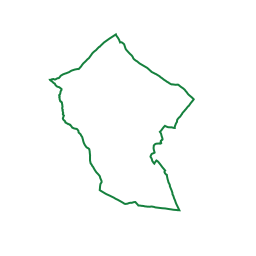 Kondoa, Dodoma, United Republic of Tanzania (Equal Earth projection), rotated 308°
{"feature_id": "72390352B62044183520375", "entity_name": "Kondoa", "entity_type": "district", "adm_level": 2, "iso_a3": "TZA", "parent_name": "United Republic of Tanzania", "parent_adm1": "Dodoma", "projection": "equal_earth", "projection_center": [35.881, -4.78], "detail": "fine", "context": "isolated", "style": "outline", "palette": "green", "viewbox_px": 256, "rotation_deg": 308, "n_neighbors": 0, "source": "geoboundaries", "source_scale": "gbopen_adm2", "svg_char_len": 5659}
<svg xmlns="http://www.w3.org/2000/svg" viewBox="0 0 256 256"><g transform="rotate(308 128 128)"><path d="M191.1,162.1L191.3,161.2L191.2,160.7L191.4,159.9L191.5,156.6L191.6,155.0L191.8,154.0L192.5,151.7L192.5,151.1L192.9,149.8L193.1,149.0L193.1,148.2L193.2,147.3L193.0,144.5L193.0,143.9L193.0,142.2L193.1,141.4L193.0,140.8L192.8,140.5L192.7,140.5L192.5,140.3L192.3,139.9L191.5,139.1L190.4,137.3L190.1,136.7L189.9,136.3L189.5,136.0L189.2,135.5L188.9,134.4L188.8,133.4L188.7,133.0L188.7,132.4L188.8,131.9L188.6,131.4L188.4,130.0L188.4,129.6L188.4,129.1L188.4,128.3L188.2,127.3L188.2,125.5L188.2,123.4L188.0,122.3L188.2,121.5L188.2,121.0L187.8,117.6L187.7,116.7L187.4,115.9L187.4,115.5L186.7,111.9L186.9,111.1L186.9,109.8L187.0,109.2L187.2,106.2L186.0,97.3L186.1,95.0L186.1,93.6L185.9,92.8L185.9,90.5L186.0,89.9L186.2,89.2L186.7,88.4L187.2,87.2L187.5,85.9L187.6,84.1L187.9,82.1L188.5,78.7L188.9,77.4L190.9,74.4L191.6,73.4L191.7,71.5L191.6,70.2L191.1,69.5L190.6,69.1L190.8,68.9L191.3,67.8L191.9,66.9L192.1,66.5L192.9,64.5L193.3,63.0L193.7,61.7L194.3,60.8L191.5,59.9L187.2,58.4L180.5,56.4L179.6,56.3L175.5,55.7L174.6,55.7L174.1,55.3L171.6,55.0L169.8,54.9L168.0,54.4L166.5,54.1L164.7,53.9L163.6,54.0L159.0,54.2L156.9,53.7L155.2,53.6L153.1,53.3L151.4,53.0L148.6,53.0L147.7,53.2L146.5,53.0L145.1,53.0L144.3,52.9L144.3,52.7L144.1,52.6L142.7,51.3L141.3,50.1L138.8,48.4L137.6,47.8L135.8,47.2L133.8,46.0L133.2,45.7L132.7,45.3L131.8,44.7L130.1,43.7L129.5,43.5L128.0,42.9L127.4,42.8L126.1,42.9L125.5,42.8L125.0,42.8L124.7,42.7L124.2,42.3L123.9,41.9L123.6,41.7L121.6,40.9L121.4,40.7L121.1,40.4L120.8,39.5L120.7,39.1L120.5,38.9L120.3,38.7L119.7,38.3L119.6,38.1L119.1,37.8L118.3,37.4L117.9,36.9L117.8,37.1L117.8,37.8L117.9,39.9L117.7,41.5L117.8,42.7L117.9,43.0L117.3,44.1L117.1,45.3L117.0,45.9L117.0,46.5L117.4,47.8L117.8,48.7L117.8,51.6L117.6,51.8L117.2,52.0L116.9,52.2L116.4,52.2L115.6,52.3L115.0,52.5L113.9,53.2L112.8,53.6L112.3,53.7L112.0,53.7L111.7,53.5L111.4,53.6L111.3,53.8L111.1,54.2L110.8,54.7L110.4,54.8L110.0,54.8L109.7,55.5L109.4,55.8L109.0,56.0L108.8,56.1L108.6,56.4L108.0,57.3L107.5,57.9L107.4,58.2L107.3,58.7L107.7,59.2L107.3,60.3L107.1,60.5L106.7,60.9L106.4,61.1L106.2,61.5L105.7,62.1L105.1,62.5L104.8,63.0L104.1,63.5L103.4,63.7L103.0,64.0L102.0,65.3L102.0,65.5L101.8,65.5L101.6,65.5L100.9,66.3L100.7,66.7L100.2,67.2L100.0,67.7L99.9,67.8L98.9,68.0L98.5,68.6L98.4,69.8L97.4,70.1L95.5,70.7L95.3,71.0L95.0,71.4L94.8,72.0L94.6,73.1L94.7,73.6L94.6,74.0L94.4,74.7L93.8,75.2L93.8,75.4L93.9,75.7L94.0,76.8L94.3,77.8L94.2,78.3L94.2,78.5L94.3,78.6L94.6,78.9L94.7,79.6L94.7,80.1L94.9,80.4L94.7,80.6L94.8,81.1L94.6,81.7L94.4,82.7L94.0,83.7L94.0,84.1L94.2,84.5L94.4,85.6L95.2,87.3L95.7,88.1L95.7,88.9L95.5,89.7L95.2,90.7L94.8,91.1L94.1,91.8L94.0,92.0L94.0,92.8L93.9,93.8L93.8,94.7L93.2,95.7L92.9,96.9L92.5,97.8L92.1,98.2L91.0,99.8L90.6,100.2L89.9,101.1L89.1,102.3L88.3,103.9L88.0,104.6L87.5,106.3L87.3,107.0L87.3,107.8L87.5,108.9L87.6,109.3L87.5,110.0L87.5,110.4L87.3,110.7L85.5,112.7L85.0,113.0L84.3,113.8L84.1,113.9L83.9,114.1L83.3,114.8L82.3,115.5L79.0,118.1L77.6,119.8L77.4,119.9L77.0,120.7L76.8,121.8L76.2,122.9L75.8,124.6L75.1,126.1L74.4,127.9L73.9,129.4L73.6,130.4L73.2,133.2L72.7,135.3L72.2,136.1L71.9,136.4L71.4,137.1L70.6,138.6L70.0,139.7L69.5,140.2L68.9,140.6L67.1,140.7L66.7,140.9L66.1,141.2L65.4,141.6L64.7,142.0L62.6,143.4L61.7,143.9L61.7,144.8L62.4,150.6L62.6,151.8L63.5,155.5L63.8,157.0L64.4,159.8L64.5,161.1L64.7,162.4L65.1,163.9L65.3,165.3L65.6,167.1L65.9,169.2L66.1,170.9L66.1,171.7L66.4,172.4L66.7,172.9L67.1,173.2L67.7,173.9L68.9,174.7L69.5,175.0L70.1,175.5L70.8,176.2L71.4,177.1L71.8,177.3L73.2,178.3L73.7,178.8L74.2,179.4L74.0,180.3L73.8,181.4L73.6,182.7L73.3,183.9L74.4,185.4L75.1,186.8L75.6,187.4L75.7,187.7L76.2,188.4L76.4,189.1L76.8,189.8L77.4,190.7L78.0,191.8L79.6,193.9L80.4,194.6L80.6,194.9L80.9,195.3L81.1,195.8L81.8,197.0L82.2,198.3L83.1,199.8L83.7,200.8L85.8,204.3L87.5,206.8L89.5,210.5L90.4,212.0L91.3,213.7L92.3,215.3L93.0,216.3L93.8,217.7L94.8,219.1L96.1,216.5L98.0,212.6L98.9,211.1L99.4,210.4L100.0,209.5L100.9,207.7L102.3,205.7L102.7,205.0L102.9,204.3L103.3,203.7L104.2,203.0L105.7,200.7L107.9,196.8L108.3,196.5L108.7,196.2L109.7,194.4L109.9,193.6L110.3,193.1L111.4,191.7L111.9,190.9L113.0,189.6L113.4,189.1L114.7,187.7L115.0,187.4L114.8,186.9L114.9,186.4L115.1,185.1L115.4,184.5L115.7,183.9L116.3,183.5L116.7,183.4L117.3,183.5L117.5,182.9L118.2,179.4L119.1,176.2L119.9,172.9L120.0,172.1L120.0,171.1L119.9,170.4L119.2,170.4L118.4,170.5L117.1,170.4L116.8,170.4L116.3,170.7L116.1,170.7L116.2,169.9L117.1,167.2L118.1,166.0L118.6,165.1L119.2,163.4L120.2,163.0L121.7,162.7L122.2,162.7L122.7,162.9L124.2,163.8L125.0,164.1L125.2,163.9L125.6,163.3L126.4,162.2L126.8,161.7L127.9,160.5L128.7,160.0L129.3,159.7L129.6,159.4L129.9,159.2L130.2,159.1L131.9,159.3L132.6,159.6L133.4,160.3L134.8,161.9L135.4,162.9L135.8,163.3L136.5,163.5L136.9,163.0L137.0,162.4L137.4,162.4L137.6,162.3L137.9,161.9L138.1,161.8L138.5,162.0L139.1,161.9L139.4,161.9L139.8,162.3L140.0,162.3L140.3,162.1L140.5,162.1L141.6,160.7L142.1,159.8L143.9,157.5L144.4,156.3L144.6,155.5L146.2,155.7L149.4,155.6L150.8,155.6L151.7,155.7L152.4,155.8L152.4,156.2L152.6,156.7L153.1,158.6L153.5,159.4L154.9,161.4L155.3,161.8L155.7,162.7L156.4,164.3L156.8,164.8L157.1,164.5L158.7,163.7L160.0,163.4L160.7,163.1L160.9,163.1L161.9,162.9L163.1,162.8L163.5,162.4L164.0,162.2L164.4,161.9L165.0,161.7L165.5,161.7L166.6,161.7L167.9,161.8L169.0,162.1L171.4,161.9L172.1,162.0L172.5,161.8L173.7,161.7L176.2,161.9L177.7,161.9L178.2,162.0L178.8,162.0L179.4,162.0L180.0,162.0L181.9,162.0L182.9,162.3L184.3,162.2L186.2,162.1L190.2,162.2L191.1,162.1Z" fill="none" stroke="#15803d" stroke-width="2"/></g></svg>